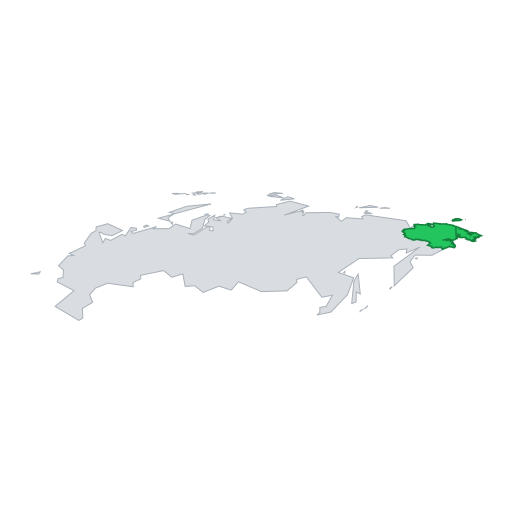 Chukchi Autonomous Okrug highlighted on a map of Russia
{"feature_id": "RUS-2321", "entity_name": "Chukchi Autonomous Okrug", "entity_type": "Autonomous Province", "adm_level": 1, "iso_a3": "RUS", "parent_name": "Russia", "parent_adm1": "", "projection": "natural_earth1", "projection_center": [175.436, 66.707], "detail": "fine", "context": "in_parent", "style": "filled", "palette": "green", "viewbox_px": 512, "rotation_deg": 0, "n_neighbors": 0, "source": "natural_earth", "source_scale": "10m", "svg_char_len": 9584}
<svg xmlns="http://www.w3.org/2000/svg" viewBox="0 0 512 512"><path d="M330.8,312.1L317.0,315.0L319.8,312.6L319.9,307.4L326.1,306.4L332.4,295.3L321.8,297.2L306.4,276.9L296.2,279.5L297.1,282.3L287.1,290.9L261.5,291.6L238.4,281.8L231.2,290.1L219.0,286.2L203.0,292.4L194.7,285.7L185.2,286.5L182.8,273.9L171.9,277.3L163.7,270.6L140.5,275.3L140.8,278.8L133.1,282.5L133.2,286.8L107.7,283.2L95.7,288.0L89.6,294.8L92.7,302.3L82.4,308.4L82.8,318.1L78.8,320.4L55.1,306.4L74.0,290.7L57.2,281.9L58.1,278.7L62.9,277.4L63.6,270.0L58.5,265.7L67.8,255.9L73.7,255.4L69.3,253.4L85.6,245.7L84.1,243.1L91.4,233.1L96.0,230.7L96.1,226.9L107.8,223.7L122.5,230.5L112.2,235.7L103.5,234.2L101.3,232.5L99.0,232.2L102.8,242.8L105.3,238.5L110.7,240.4L122.1,234.3L125.3,235.9L130.9,227.6L136.4,228.2L136.6,230.1L131.1,231.5L133.2,233.4L156.6,226.6L153.4,228.8L169.0,228.6L175.6,224.0L190.0,228.6L192.0,220.2L207.5,214.8L210.0,215.5L205.0,219.1L202.4,228.2L193.5,233.7L187.7,233.4L193.9,235.1L206.9,227.0L210.3,226.6L209.4,230.3L213.2,230.9L212.9,226.9L204.4,226.0L208.8,221.8L207.8,219.2L214.8,215.1L213.5,219.7L218.8,220.7L220.5,220.6L215.6,217.8L222.4,216.3L231.6,218.3L227.1,221.7L228.2,223.2L232.5,218.4L229.7,212.9L242.6,214.2L246.0,212.2L243.7,209.8L247.6,208.3L276.7,206.5L276.3,204.6L290.0,201.1L308.6,206.1L284.2,215.2L297.7,211.6L303.8,211.9L302.5,215.0L302.7,215.6L303.5,215.6L305.7,212.8L329.7,212.4L339.3,214.2L338.7,217.2L335.4,216.3L341.4,221.3L346.3,217.7L362.9,219.0L361.6,216.5L365.8,214.9L406.0,220.7L410.3,228.0L416.2,224.4L433.3,227.1L433.4,223.2L455.8,226.6L456.2,238.8L452.6,240.3L448.5,238.8L442.8,240.0L451.9,241.1L454.2,247.6L448.9,246.2L432.0,255.3L415.1,255.1L410.0,261.6L413.2,267.8L394.2,285.8L394.0,266.2L419.8,247.1L406.2,253.1L406.9,249.0L398.7,249.7L390.9,255.8L392.8,257.9L359.0,258.5L338.3,272.5L353.7,277.8L347.5,294.7L330.8,312.1ZM211.2,203.9L174.6,213.7L169.4,212.3L186.7,206.3L211.2,203.9ZM358.1,274.0L360.3,294.0L356.2,292.0L356.1,302.0L351.7,303.6L353.9,281.3L358.1,274.0ZM158.5,218.2L173.9,214.0L167.9,217.7L170.1,221.3L158.5,218.2ZM359.2,207.8L370.0,205.5L378.1,207.2L359.2,207.8ZM275.4,194.9L283.5,197.8L270.0,196.5L275.4,194.9ZM274.1,192.6L282.8,193.4L268.7,194.2L274.1,192.6ZM287.8,196.8L294.4,198.8L280.3,200.3L287.8,196.8ZM379.6,208.2L384.8,207.6L390.0,208.3L379.6,208.2ZM30.7,273.8L40.2,271.8L38.8,274.1L30.7,273.8ZM180.1,193.9L186.2,193.4L174.2,194.4L180.1,193.9ZM367.2,212.0L372.2,213.8L363.7,213.3L367.2,212.0ZM148.7,226.0L144.3,227.4L143.6,226.4L146.5,225.0L148.7,226.0ZM191.6,193.1L197.3,192.7L199.1,193.2L191.6,193.1ZM208.6,193.1L204.9,194.1L201.7,193.7L203.5,193.1L208.6,193.1ZM213.3,193.3L209.3,193.1L215.7,192.8L213.3,193.3ZM172.7,222.1L172.4,224.4L170.9,222.7L172.7,222.1ZM272.5,195.4L268.5,196.0L266.9,195.2L272.5,195.4ZM196.2,191.9L203.0,191.6L199.8,192.3L196.2,191.9ZM455.6,220.5L452.5,220.2L455.5,218.9L455.6,220.5ZM176.2,193.3L179.7,193.6L171.7,193.6L176.2,193.3ZM208.4,214.0L204.3,214.3L208.6,213.9L208.4,214.0ZM302.6,210.0L303.5,211.4L301.0,210.6L302.6,210.0ZM430.8,224.0L428.3,224.5L427.0,224.0L430.8,224.0ZM199.0,194.3L196.6,194.0L200.9,194.3L199.0,194.3ZM200.9,192.4L201.8,193.1L198.9,192.6L200.9,192.4ZM367.8,305.5L366.9,306.9L364.5,309.0L367.8,305.5ZM194.1,194.3L195.2,195.0L192.7,194.9L194.1,194.3ZM222.3,216.1L219.0,216.7L218.5,216.6L222.3,216.1ZM417.1,258.9L414.9,258.5L417.1,257.8L417.1,258.9ZM367.2,210.9L365.8,211.9L365.3,211.1L367.2,210.9ZM344.8,271.3L344.9,273.1L343.6,272.7L344.8,271.3ZM392.3,286.5L390.2,289.1L389.7,288.3L392.3,286.5ZM189.3,194.5L186.4,194.7L185.8,194.5L189.3,194.5ZM225.4,214.3L224.0,215.3L223.7,215.0L225.4,214.3ZM357.7,207.0L355.9,207.6L356.9,206.4L357.7,207.0ZM360.2,310.9L363.6,308.9L360.1,311.4L360.2,310.9Z" fill="#d9dde1" stroke="#a8b0b8" stroke-width="1"/><path d="M414.3,224.5L417.5,224.4L418.1,224.2L420.0,224.8L422.0,224.7L424.8,225.0L427.0,224.2L427.7,224.4L427.3,224.6L428.0,224.9L427.9,225.4L428.1,225.8L430.6,226.3L430.8,227.0L431.2,227.2L432.9,227.1L433.5,227.3L433.1,227.0L433.6,226.8L433.8,227.1L433.7,226.7L434.4,226.4L434.6,226.5L434.8,226.4L434.5,226.4L434.2,226.0L434.3,225.6L433.9,225.4L433.6,224.8L432.5,224.7L433.6,224.2L433.4,223.7L433.5,223.2L433.2,223.2L433.4,223.1L438.6,223.6L439.8,224.1L439.7,224.2L440.4,224.0L439.6,223.9L439.9,223.7L441.4,224.0L445.6,223.9L445.2,224.0L446.3,224.2L446.7,224.1L445.8,223.9L446.6,223.8L446.9,224.1L448.0,224.5L452.9,225.3L453.6,225.6L452.6,225.4L452.6,225.6L454.0,225.7L455.7,226.6L454.7,226.2L455.1,226.5L455.8,226.6L456.2,238.8L455.6,239.0L454.9,239.6L452.7,240.3L453.1,240.1L450.4,239.9L449.8,239.6L450.0,239.5L449.9,239.3L448.7,238.8L447.1,238.9L447.7,239.0L448.7,238.9L449.6,239.6L448.9,239.8L447.9,239.5L447.4,239.6L446.5,239.2L445.7,239.7L444.0,239.7L443.3,240.0L442.5,240.0L443.3,240.1L444.2,239.8L445.7,239.8L446.6,239.3L447.4,240.0L446.7,240.2L446.6,240.3L446.6,240.5L447.5,240.0L448.2,240.4L448.8,240.0L450.0,239.8L449.7,240.5L450.0,240.9L450.8,241.4L451.8,241.6L451.5,241.4L452.0,241.1L451.8,240.8L452.8,242.1L452.5,242.0L452.3,242.2L452.5,242.3L452.3,242.3L452.9,242.4L452.9,242.2L453.2,243.4L452.8,243.3L453.2,243.5L452.2,243.4L452.0,243.6L453.1,243.6L453.1,243.9L452.8,244.1L453.1,244.2L453.4,244.0L453.2,243.7L453.3,243.5L453.9,244.4L453.5,244.1L453.4,244.3L454.9,245.0L454.5,245.5L455.2,245.8L455.4,246.4L454.9,247.0L454.2,247.1L454.3,247.6L454.1,247.7L451.5,246.9L449.7,246.8L449.7,246.3L450.0,246.0L449.4,246.4L448.9,245.9L449.0,246.2L448.7,246.5L449.0,246.8L449.6,246.8L448.0,246.9L447.1,247.6L444.6,248.4L444.9,248.3L444.5,248.1L444.3,248.6L443.3,248.9L442.9,248.7L443.2,249.0L442.6,249.3L442.5,248.7L442.2,248.4L441.6,248.4L441.6,248.1L441.4,247.8L441.6,247.6L441.6,247.2L441.1,247.2L440.6,246.9L438.6,247.4L438.5,247.6L436.5,247.2L435.1,247.7L434.4,247.5L433.5,247.9L432.0,247.8L431.3,246.9L431.6,246.5L431.0,246.5L429.2,245.5L428.7,245.6L427.6,245.2L429.5,243.8L430.2,243.6L430.5,243.3L430.4,242.8L429.9,242.6L429.9,242.4L428.7,242.1L428.5,241.6L427.8,241.2L425.9,241.1L424.8,240.2L423.7,240.5L422.2,240.3L421.4,240.5L421.3,240.3L421.5,240.3L421.0,239.8L420.2,239.8L420.0,239.5L419.4,239.5L419.3,240.0L419.0,240.0L418.8,239.8L417.3,239.3L416.6,239.5L415.7,239.3L415.2,239.6L414.7,239.7L414.7,240.0L413.7,240.1L413.3,239.8L411.5,239.6L411.2,239.1L410.3,238.6L408.4,238.5L407.3,237.4L404.7,236.7L404.8,236.2L405.5,235.2L403.6,234.5L404.5,233.6L405.0,233.4L404.8,232.8L402.7,231.9L402.5,231.7L402.8,231.4L402.3,231.1L402.5,230.7L403.0,230.5L403.9,230.4L403.3,230.0L403.9,229.4L404.3,229.3L407.6,229.0L407.8,228.8L410.5,228.7L411.5,228.4L413.8,228.7L414.2,228.6L414.4,228.1L414.7,227.8L414.5,227.2L415.1,227.0L414.4,226.6L414.4,226.2L415.0,226.0L414.1,225.3L414.2,225.1L414.0,224.9L414.3,224.5ZM455.8,226.6L456.8,226.8L456.9,226.7L457.4,227.1L458.6,227.3L459.4,227.8L458.9,227.6L458.9,228.0L460.6,228.4L460.7,228.6L460.5,228.8L461.3,228.6L459.7,227.9L461.8,228.7L461.2,228.8L461.5,229.0L462.2,228.9L462.6,229.0L462.4,229.0L462.5,229.2L462.9,229.1L464.1,229.6L463.7,229.5L464.2,230.0L465.0,229.9L464.2,229.6L465.7,230.1L465.2,230.2L465.3,230.5L464.7,230.6L465.0,230.7L466.3,230.9L465.5,230.5L465.9,230.2L467.3,230.7L467.2,230.9L467.6,231.2L467.4,231.1L467.6,231.4L467.1,231.6L467.6,231.7L468.0,231.4L467.8,231.3L468.4,231.6L468.6,231.8L468.3,231.9L468.3,232.6L468.8,233.0L468.6,233.1L468.9,233.6L468.2,233.8L469.5,234.2L469.6,234.4L469.5,234.6L469.7,234.8L469.5,235.0L470.2,234.6L470.1,234.4L470.5,234.4L470.8,234.8L470.6,234.9L470.6,235.2L471.1,234.9L470.9,234.8L471.3,234.7L469.9,234.1L470.7,233.8L470.4,232.9L469.0,232.6L471.3,232.4L471.8,232.5L472.7,232.6L472.2,232.6L472.5,232.8L472.2,232.8L472.2,233.3L472.7,233.2L472.4,233.0L472.7,232.8L472.8,233.0L473.4,233.1L474.4,233.0L472.8,232.7L476.0,232.9L476.2,233.0L476.2,233.3L476.9,233.5L476.9,233.8L479.4,234.9L478.8,235.1L479.7,235.0L480.1,235.3L479.5,235.3L480.5,235.3L481.3,235.7L479.0,236.3L479.1,236.6L479.3,236.9L479.1,237.1L478.4,237.1L476.9,236.4L477.4,237.0L478.2,237.2L478.0,237.6L477.5,237.4L475.6,237.5L476.3,237.5L475.0,237.3L475.2,237.2L474.9,237.1L474.9,236.9L473.5,236.8L474.7,237.2L474.9,237.6L474.7,237.6L474.8,237.7L475.5,237.5L475.3,238.3L474.0,238.3L475.3,238.4L475.2,238.7L475.6,238.8L475.0,239.2L474.0,239.6L473.4,239.5L473.0,239.8L473.9,239.7L474.0,239.9L473.3,240.1L473.8,240.2L473.6,240.4L473.9,240.3L474.8,240.4L475.4,240.9L474.5,241.0L473.8,240.6L473.5,240.8L474.0,240.8L474.0,241.2L473.6,241.1L473.7,241.4L473.3,241.5L472.6,241.3L472.8,240.8L472.4,240.3L472.6,240.6L472.6,241.0L472.0,241.2L471.1,240.9L470.9,240.5L470.1,240.2L469.4,239.9L469.5,239.6L469.3,239.4L469.2,239.7L468.7,239.7L468.5,239.8L467.5,239.8L467.4,239.7L467.6,239.5L466.3,239.0L466.6,238.9L466.4,238.8L466.6,238.6L466.2,238.2L466.2,237.8L465.8,237.6L463.5,237.1L462.5,237.6L459.9,237.5L459.7,237.4L460.0,236.8L459.5,236.7L458.6,235.7L459.3,235.8L459.3,235.6L459.7,235.4L459.6,235.0L459.7,234.7L459.4,234.8L459.0,235.4L458.5,235.4L458.2,235.1L458.3,234.9L458.1,234.6L458.1,235.0L457.4,234.8L458.0,235.3L457.9,235.4L457.1,235.5L456.8,235.3L456.5,236.1L456.7,236.5L457.9,237.0L457.9,237.4L457.4,237.8L457.3,238.3L457.0,238.6L456.2,238.8L455.8,226.6ZM455.5,218.9L457.7,218.7L459.3,218.9L461.5,219.8L460.4,220.4L456.8,220.7L455.6,220.5L455.5,218.9ZM455.6,220.5L454.8,220.9L453.6,220.9L452.8,221.1L452.4,220.3L453.0,219.8L455.5,218.9L455.6,220.5ZM430.9,224.0L430.5,224.2L430.5,224.5L430.4,224.8L429.5,224.8L426.9,224.0L428.1,223.4L430.9,224.0ZM474.7,239.6L475.8,239.8L474.3,240.0L474.7,239.6ZM432.1,224.3L432.8,224.2L432.4,224.5L432.1,224.3ZM474.7,240.2L474.6,240.3L474.1,240.2L474.7,240.2ZM465.7,219.4L465.3,219.3L465.7,219.4Z" fill="#22c55e" stroke="#15803d" stroke-width="1.5"/></svg>